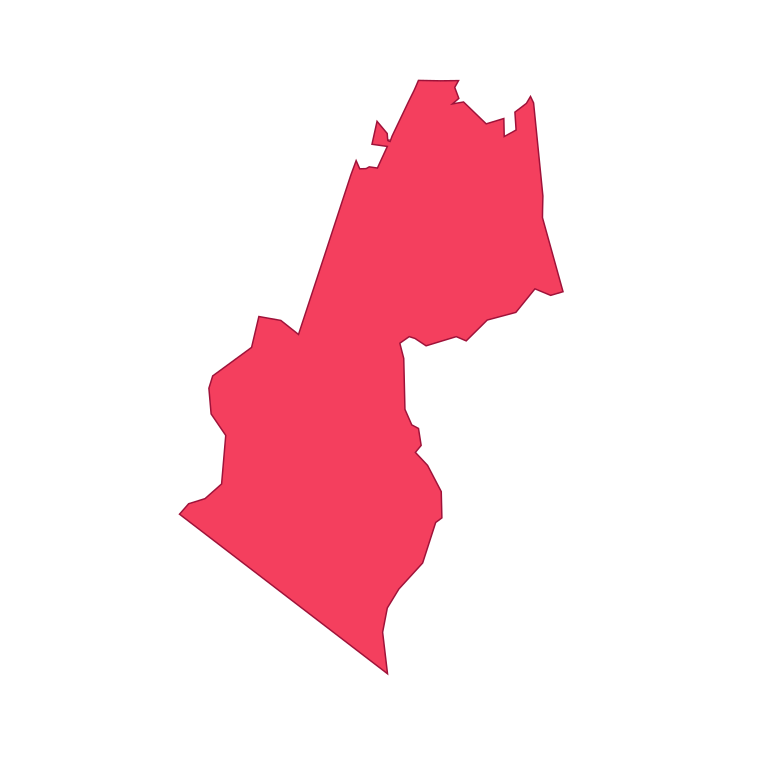 outline of Dorchester, South Carolina, United States of America, rotated 250°
{"feature_id": "52423323B90119869144557", "entity_name": "Dorchester", "entity_type": "district", "adm_level": 2, "iso_a3": "USA", "parent_name": "United States of America", "parent_adm1": "South Carolina", "projection": "robinson", "projection_center": [-80.311, 33.076], "detail": "fine", "context": "isolated", "style": "filled", "palette": "rose", "viewbox_px": 768, "rotation_deg": 250, "n_neighbors": 0, "source": "geoboundaries", "source_scale": "gbopen_adm2", "svg_char_len": 1119}
<svg xmlns="http://www.w3.org/2000/svg" viewBox="0 0 768 768"><g transform="rotate(250 384 384)"><path d="M603.4,434.2L591.8,424.4L577.3,413.0L524.8,371.8L495.1,348.4L459.8,320.6L479.0,308.8L490.2,289.5L463.7,272.1L450.2,225.8L439.9,218.0L415.0,211.3L389.8,217.7L345.6,197.2L337.5,176.6L338.3,159.5L331.6,147.3L110.5,288.2L151.2,297.8L172.4,310.5L186.3,327.9L202.6,359.1L236.2,385.2L238.4,392.6L263.3,401.0L292.6,397.1L309.0,390.1L313.6,397.9L330.4,401.2L336.1,396.1L353.0,395.0L401.3,411.3L416.9,412.8L419.9,423.9L416.2,428.7L405.5,436.6L403.8,468.1L396.4,476.0L408.8,502.9L406.2,532.4L421.8,558.4L410.3,570.9L409.5,583.8L486.1,589.8L493.5,592.6L506.3,597.6L597.0,620.7L604.1,620.0L599.0,613.8L594.7,600.0L577.5,595.0L575.4,581.6L592.5,587.4L593.5,569.0L621.8,555.2L623.8,544.1L626.8,552.0L638.5,551.9L643.6,557.8L649.6,540.7L657.5,520.2L652.6,515.6L649.5,512.6L640.8,503.5L614.1,476.3L609.8,472.7L610.9,471.3L611.6,471.9L611.9,470.9L618.3,472.7L633.2,467.3L613.4,454.7L606.1,468.4L595.2,457.6L589.2,451.7L593.1,444.4L592.5,440.9L594.5,434.8L603.4,434.2Z" fill="#f43f5e" stroke="#9f1239" stroke-width="1.5"/></g></svg>